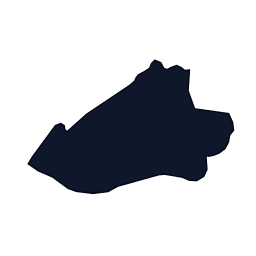 an SVG outline of Gulu, rotated 261°
{"feature_id": "UGA-3098", "entity_name": "Gulu", "entity_type": "County", "adm_level": 1, "iso_a3": "UGA", "parent_name": "Uganda", "parent_adm1": "", "projection": "natural_earth1", "projection_center": [32.435, 2.878], "detail": "fine", "context": "isolated", "style": "filled", "palette": "ink", "viewbox_px": 256, "rotation_deg": 261, "n_neighbors": 0, "source": "natural_earth", "source_scale": "10m", "svg_char_len": 759}
<svg xmlns="http://www.w3.org/2000/svg" viewBox="0 0 256 256"><g transform="rotate(261 128 128)"><path d="M142.9,62.3L140.3,65.3L136.1,65.3L133.9,67.4L148.0,89.2L170.1,137.0L173.4,142.1L176.2,143.8L178.9,146.6L181.0,152.9L183.7,158.8L187.9,161.3L190.7,165.1L187.3,170.6L181.4,172.5L179.5,175.8L181.0,180.2L182.1,185.8L179.2,190.1L175.9,193.0L175.6,197.7L155.4,193.1L136.5,196.7L126.4,229.6L117.2,232.1L109.3,231.9L105.2,227.3L98.1,224.8L92.4,220.4L89.0,213.8L87.9,208.8L87.5,203.7L88.4,200.6L74.6,199.4L68.4,195.2L65.3,187.5L66.9,180.4L71.0,173.8L73.8,165.7L76.6,157.1L77.1,151.2L72.2,108.9L68.4,98.2L68.9,83.3L73.5,67.2L77.7,59.5L91.5,45.8L99.8,32.7L108.2,23.9L114.5,29.2L141.7,56.7L142.9,62.3Z" fill="#0f172a" stroke="#020617" stroke-width="1.5"/></g></svg>